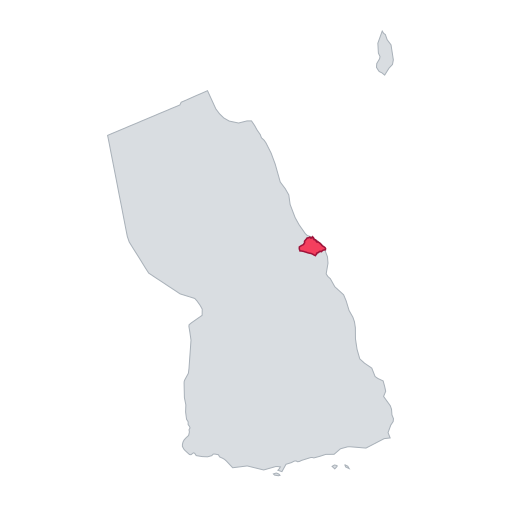 Brum Mayf'ah, Hadramawt, Yemen (highlighted), rotated 268°
{"feature_id": "15242507B1280575170074", "entity_name": "Brum Mayf'ah", "entity_type": "district", "adm_level": 2, "iso_a3": "YEM", "parent_name": "Yemen", "parent_adm1": "Hadramawt", "projection": "natural_earth1", "projection_center": [48.863, 14.347], "detail": "fine", "context": "in_parent", "style": "filled", "palette": "rose", "viewbox_px": 512, "rotation_deg": 268, "n_neighbors": 0, "source": "geoboundaries", "source_scale": "gbopen_adm2", "svg_char_len": 5443}
<svg xmlns="http://www.w3.org/2000/svg" viewBox="0 0 512 512"><g transform="rotate(268 256 256)"><path d="M422.9,213.3L404.4,221.0L399.5,224.4L395.1,228.6L391.8,233.9L389.5,243.2L391.3,251.6L391.2,256.2L386.4,259.2L382.0,261.4L377.0,264.6L374.0,265.5L371.5,268.1L368.7,269.9L358.3,274.7L347.1,278.4L329.1,282.8L322.2,287.6L315.9,290.9L306.3,291.9L293.1,296.4L285.8,300.1L276.7,306.0L274.7,307.9L273.1,312.3L270.3,316.1L264.8,322.3L260.7,325.4L257.9,325.6L252.6,327.4L246.3,327.7L235.7,325.5L233.0,327.1L230.7,329.5L222.5,333.7L214.2,342.2L208.1,344.5L198.3,347.1L191.4,350.7L186.8,352.1L180.8,352.8L169.8,352.5L159.3,353.7L149.6,356.1L145.1,360.7L139.9,367.8L131.4,370.8L129.4,373.4L126.7,378.7L121.2,380.0L116.3,380.9L111.2,378.6L101.6,385.0L98.0,386.1L92.5,386.3L88.6,387.7L85.8,387.3L82.3,384.8L74.9,381.8L69.5,383.7L69.0,377.7L60.2,359.2L62.1,343.1L62.1,340.9L60.4,333.7L55.1,327.1L55.3,318.8L53.6,312.9L52.2,306.8L52.7,305.1L52.7,303.7L50.1,294.3L49.2,292.3L48.9,290.4L49.8,288.9L49.7,287.1L48.3,284.2L46.8,278.7L39.6,274.4L41.1,270.4L42.5,271.8L44.4,273.0L44.8,270.4L44.9,268.4L41.9,256.2L46.5,239.9L45.2,225.3L52.1,219.3L53.8,217.5L54.8,216.0L56.5,212.6L58.7,211.5L59.5,208.0L59.5,206.3L58.0,204.8L57.0,200.6L57.4,195.4L57.8,193.3L58.6,189.3L61.0,187.8L61.5,186.6L59.7,184.1L59.9,182.6L64.0,178.4L65.6,177.1L68.3,175.8L70.3,175.9L72.7,176.6L74.8,177.8L76.9,179.9L79.0,182.4L82.4,183.3L84.7,183.0L86.5,184.1L88.1,183.5L89.9,182.3L92.7,182.4L95.3,180.9L102.6,180.2L109.6,180.7L117.0,179.5L124.3,179.6L131.7,179.7L133.3,179.9L134.9,180.6L141.1,184.3L145.8,185.1L155.3,186.1L165.5,187.2L174.2,188.1L181.7,187.3L187.9,186.5L189.6,186.7L191.4,189.0L195.1,194.7L198.6,200.1L204.8,200.4L208.7,198.4L213.1,195.5L215.7,193.3L218.8,184.5L220.8,178.8L225.4,172.4L229.2,167.0L234.3,159.9L237.1,155.9L242.6,148.2L247.8,145.1L258.0,139.3L267.9,133.5L274.4,129.8L279.9,128.1L289.2,126.6L300.0,124.9L310.9,123.2L322.5,121.3L335.4,119.3L344.2,117.9L355.5,116.1L364.8,114.6L373.2,113.3L381.7,111.9L383.4,116.2L385.0,120.5L386.7,124.9L388.3,129.2L390.0,133.5L391.6,137.8L393.2,142.1L394.9,146.4L396.5,150.7L398.2,155.1L399.8,159.4L401.5,163.7L403.1,168.0L404.7,172.3L406.4,176.6L408.0,181.0L409.6,185.2L412.3,186.6L413.8,190.5L416.1,196.2L418.4,201.9L420.6,207.6L422.9,213.3ZM448.8,386.4L451.0,386.9L454.5,385.4L464.4,385.2L476.4,390.0L474.1,391.3L472.8,393.0L467.6,394.6L462.3,398.3L447.2,400.1L442.7,399.1L439.1,395.5L432.3,390.9L434.9,387.9L435.5,386.5L436.5,385.2L440.3,383.0L444.1,383.4L448.8,386.4ZM44.0,328.8L43.5,329.8L42.8,329.6L40.5,327.3L43.1,324.7L44.4,327.1L44.0,328.8ZM37.1,271.4L36.0,272.3L35.6,270.7L36.4,266.9L37.6,265.8L38.4,268.6L37.9,270.1L37.1,271.4ZM42.7,340.4L40.3,341.7L42.0,338.3L43.7,337.6L44.2,337.7L42.7,340.4Z" fill="#d9dde1" stroke="#a8b0b8" stroke-width="1"/><path d="M254.3,315.4L254.6,315.5L254.9,315.7L255.1,316.0L255.6,316.5L255.9,316.6L256.1,316.8L256.4,316.6L256.6,316.6L256.8,316.9L256.9,317.2L257.0,317.6L257.2,317.8L257.2,318.1L257.2,318.5L257.4,318.8L257.7,318.8L257.9,319.1L258.0,319.4L258.2,319.6L258.4,319.9L258.5,320.3L258.4,320.6L258.2,320.9L258.0,321.1L258.0,321.5L258.4,322.0L258.7,322.1L258.9,322.3L259.1,322.6L259.4,323.2L259.5,323.5L259.6,323.9L259.6,324.2L259.7,324.6L259.8,324.9L259.7,325.2L259.5,325.5L259.2,325.6L259.3,325.6L259.5,325.6L259.9,325.6L260.0,325.6L260.5,325.7L260.8,325.7L260.9,325.8L261.2,325.7L261.5,325.5L261.8,325.4L262.0,325.2L262.4,324.8L262.5,324.6L262.7,324.4L262.9,324.2L263.1,323.9L263.3,323.6L263.4,323.3L263.6,323.0L263.8,322.7L264.0,322.5L264.4,322.2L264.5,322.0L264.7,321.9L264.9,321.9L265.0,321.8L265.3,321.7L265.6,321.2L265.8,321.0L266.0,320.7L266.4,320.6L266.5,320.5L266.6,320.4L266.8,320.0L266.9,319.9L267.0,319.8L267.1,319.7L267.3,319.4L267.4,319.2L267.5,319.0L267.5,318.9L267.6,318.7L267.8,318.6L267.8,318.4L268.0,318.3L267.9,318.2L267.9,317.9L267.8,317.7L267.9,317.4L267.9,317.2L268.0,317.1L268.3,316.9L268.5,316.8L268.7,316.7L268.8,316.7L269.0,316.6L269.2,316.4L269.3,316.4L269.5,316.4L269.5,316.5L269.6,316.4L269.8,316.3L269.8,316.2L270.0,316.1L270.1,315.9L270.2,315.7L270.3,315.3L270.3,315.2L270.5,315.0L270.4,314.9L270.2,315.0L270.2,314.9L270.3,314.9L270.5,314.8L270.6,314.7L270.8,314.6L270.9,314.4L271.0,314.3L271.2,314.2L271.2,314.3L271.2,314.2L271.3,314.2L271.5,314.2L271.5,314.3L271.7,314.2L271.8,314.2L272.0,314.2L272.3,314.1L272.5,313.9L272.4,313.9L272.5,313.8L272.6,313.7L272.8,313.5L272.7,313.5L272.7,313.4L272.7,313.2L272.8,313.1L272.7,313.0L272.7,312.9L272.7,312.7L272.4,312.6L272.3,312.4L272.2,312.2L272.3,312.2L272.3,311.9L272.5,311.9L272.5,311.7L272.5,311.4L272.5,311.2L272.7,310.9L272.8,310.7L272.7,310.7L272.8,310.6L272.9,310.4L272.9,310.2L272.5,309.4L272.3,308.9L272.3,308.6L272.2,308.3L272.2,308.0L272.3,307.8L271.2,306.9L269.8,305.6L269.1,305.0L268.4,305.0L267.8,305.1L267.2,304.8L266.9,304.5L266.7,304.4L266.5,304.2L266.0,304.1L265.5,303.3L265.2,302.5L264.3,300.8L263.5,299.6L263.0,299.6L261.9,299.5L261.5,299.6L261.2,299.6L260.6,299.8L260.3,299.9L260.0,300.0L259.5,300.2L259.6,300.4L259.5,300.7L259.4,301.6L259.3,302.0L259.2,302.5L259.1,302.9L259.0,303.2L259.0,303.4L258.9,303.8L258.6,304.5L258.5,304.9L258.3,305.2L258.2,305.8L257.9,306.6L257.8,306.9L257.6,307.2L257.4,307.9L257.3,308.2L257.3,308.4L257.1,308.8L257.0,309.4L256.8,310.0L256.8,310.3L256.7,310.7L256.5,311.3L256.4,311.6L256.2,312.0L255.9,312.5L255.8,312.9L255.6,313.1L254.9,314.1L254.8,314.4L254.6,314.7L254.3,315.4Z" fill="#f43f5e" stroke="#9f1239" stroke-width="1.5"/></g></svg>